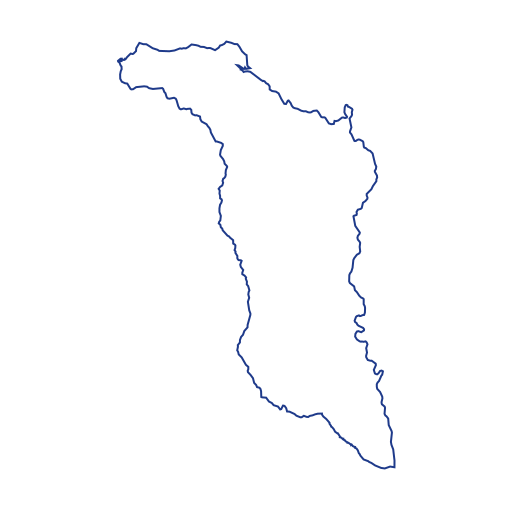 the district of Marisel, Cluj, Romania, rotated 87°
{"feature_id": "2599482B88504736403182", "entity_name": "Marisel", "entity_type": "district", "adm_level": 2, "iso_a3": "ROU", "parent_name": "Romania", "parent_adm1": "Cluj", "projection": "robinson", "projection_center": [23.156, 46.66], "detail": "fine", "context": "isolated", "style": "outline", "palette": "blue", "viewbox_px": 512, "rotation_deg": 87, "n_neighbors": 0, "source": "geoboundaries", "source_scale": "gbopen_adm2", "svg_char_len": 6057}
<svg xmlns="http://www.w3.org/2000/svg" viewBox="0 0 512 512"><g transform="rotate(87 256 256)"><path d="M412.9,233.1L413.2,230.7L415.8,225.8L417.6,224.0L419.4,220.1L419.4,218.8L418.1,216.6L419.3,213.9L419.5,212.3L418.5,210.7L418.1,207.9L417.2,205.2L416.7,202.5L416.8,198.4L417.8,198.4L419.8,197.2L422.4,194.4L426.4,191.3L427.3,191.4L429.5,190.0L430.3,189.9L431.0,188.9L433.0,187.4L435.6,186.2L437.4,184.0L437.3,183.6L438.4,182.9L440.9,181.5L441.4,181.7L441.9,180.2L443.3,179.0L443.1,178.3L444.1,178.1L444.6,176.9L445.7,176.3L446.9,174.3L447.3,174.4L447.5,173.3L448.8,171.7L449.0,170.9L449.7,170.9L449.4,170.3L450.9,169.3L451.7,167.7L452.2,167.5L452.1,167.0L452.8,167.0L453.5,165.7L455.4,164.5L458.4,163.6L459.4,162.7L460.7,162.3L464.8,159.2L466.8,154.6L467.6,153.8L468.7,151.6L471.4,148.0L474.2,142.1L474.9,138.5L473.3,133.1L474.2,128.8L467.5,128.4L456.3,129.1L451.7,130.6L448.7,131.0L439.4,129.5L437.8,129.8L431.8,132.3L425.2,132.5L422.9,134.1L422.0,135.2L420.3,135.9L414.4,135.1L413.1,135.4L410.7,138.0L409.9,138.2L408.5,138.3L404.8,137.2L403.0,137.3L398.3,139.2L395.0,141.9L393.0,142.2L390.4,142.1L388.7,141.2L387.3,139.7L381.9,137.0L381.2,136.2L377.8,135.3L377.0,136.6L377.3,138.1L379.5,139.8L380.5,141.1L380.3,142.1L379.5,143.4L375.9,144.3L371.3,142.0L369.8,142.1L366.6,146.0L366.6,147.2L365.7,149.8L362.9,151.2L361.6,151.3L358.2,150.2L353.8,150.8L350.0,149.3L348.1,150.0L347.0,151.0L347.3,153.1L346.9,154.8L347.1,155.6L346.6,157.0L344.6,159.6L341.7,161.2L339.0,160.8L336.7,159.2L336.4,157.7L337.6,154.9L336.0,152.1L334.8,151.9L333.4,152.8L331.0,157.3L329.7,158.5L328.3,159.0L327.1,160.5L325.8,160.9L322.2,159.4L321.4,158.6L320.7,156.3L321.4,155.6L321.4,154.6L320.6,152.6L320.5,151.1L318.2,150.2L313.6,149.8L311.9,150.0L309.7,151.0L304.7,150.7L303.9,151.4L302.9,153.3L301.0,155.0L297.4,157.1L295.3,159.0L291.5,159.6L287.9,163.7L286.2,164.3L279.9,163.8L278.2,163.0L276.6,161.6L272.8,160.2L265.1,159.0L263.3,158.0L260.0,155.2L258.7,152.6L256.9,151.7L252.3,152.0L248.4,151.3L247.1,151.8L245.0,153.4L243.1,153.8L241.2,153.2L239.2,151.4L238.0,151.1L231.1,155.3L221.4,156.6L220.9,156.0L220.3,153.5L219.1,153.1L217.3,153.3L215.1,151.9L214.4,148.9L213.6,147.9L208.4,146.4L206.9,143.9L204.7,141.8L203.5,141.6L201.4,142.3L199.8,142.2L195.4,137.3L192.3,135.6L187.6,131.9L185.8,131.8L183.9,130.9L182.0,131.0L178.1,132.9L177.2,132.9L175.4,131.7L173.0,131.2L170.2,132.3L159.7,134.2L157.0,136.5L156.3,138.3L153.9,140.8L153.5,142.1L152.6,142.6L147.9,142.9L146.9,143.5L145.3,146.2L145.0,147.3L145.3,148.6L146.3,150.2L146.4,151.2L146.2,151.7L139.5,154.3L137.6,155.7L136.4,155.6L132.6,154.0L123.6,155.4L121.2,153.3L120.0,152.7L117.4,152.8L115.0,152.0L114.0,152.4L112.0,155.3L111.7,156.3L110.2,156.8L109.8,157.7L110.0,158.5L112.2,159.6L117.0,160.2L118.8,159.6L121.7,157.8L122.5,158.1L122.9,159.8L122.2,161.7L122.3,162.9L125.0,166.7L125.5,169.0L125.2,170.5L128.2,171.4L128.3,174.0L127.4,176.3L121.6,179.6L121.1,180.5L121.0,182.6L120.5,183.6L115.6,186.2L113.9,187.7L114.1,191.1L115.4,193.6L115.5,194.7L115.2,196.4L114.1,198.6L114.0,200.8L113.3,203.2L111.2,206.7L110.4,209.6L109.7,211.0L107.8,212.4L105.1,213.4L102.4,215.3L102.6,216.1L105.8,218.1L105.5,219.8L100.5,222.5L94.8,224.9L92.9,227.5L92.1,231.3L90.4,233.6L87.3,233.5L85.1,234.9L84.0,236.8L82.0,238.3L81.5,239.5L81.7,240.0L80.4,241.9L71.8,252.0L71.1,254.7L71.2,257.5L71.6,258.7L70.3,259.6L69.1,261.0L69.0,261.6L68.0,261.6L64.5,264.9L64.8,263.3L68.5,258.5L68.5,257.7L67.1,257.1L68.6,256.1L68.1,252.1L66.3,254.1L65.1,254.7L54.9,254.9L54.0,256.3L50.9,259.2L46.2,261.6L43.5,263.5L43.2,266.5L41.8,269.5L40.3,274.4L42.5,276.6L43.6,279.1L43.9,280.8L46.0,282.3L48.3,286.1L46.0,290.6L45.8,291.9L45.9,293.9L44.5,297.1L44.2,300.4L43.0,302.5L42.3,304.8L41.4,309.3L43.9,312.9L45.0,315.2L44.7,317.4L45.1,319.4L44.7,321.0L46.5,326.6L47.0,331.9L46.1,341.9L44.9,343.6L43.1,348.3L38.8,354.4L38.6,357.4L37.1,361.3L42.2,364.7L45.1,365.1L47.6,367.9L47.8,368.8L47.3,370.6L50.6,374.3L52.4,375.8L52.2,376.5L53.2,376.9L53.3,377.9L52.5,379.2L54.3,380.0L54.3,381.0L53.7,381.9L51.9,380.6L51.9,380.9L53.9,383.6L54.6,383.5L55.7,382.2L58.7,381.2L59.7,380.4L62.4,380.4L64.4,381.4L67.6,382.2L71.9,382.3L74.9,380.9L76.6,377.8L77.1,375.5L82.5,372.6L83.1,371.8L83.0,370.0L81.1,366.8L80.7,358.8L81.2,356.0L82.8,354.0L83.8,350.2L83.4,340.9L84.2,340.0L87.4,339.0L88.7,337.9L92.4,337.0L93.9,336.1L94.4,334.2L93.7,329.6L94.7,327.9L96.3,327.2L102.3,325.8L104.9,324.6L105.6,323.3L104.9,320.4L105.8,317.8L105.5,317.0L105.4,314.1L106.7,313.0L109.5,312.9L111.1,312.0L112.4,309.4L112.3,308.0L113.8,304.6L116.5,304.4L118.9,303.2L121.8,298.5L124.2,297.1L125.3,296.1L127.5,295.0L130.3,294.6L139.5,290.3L139.6,289.1L141.2,284.9L142.5,283.3L144.3,283.4L148.4,285.6L152.9,286.6L154.1,286.3L157.5,283.8L159.8,282.8L162.2,282.5L164.6,280.4L165.5,280.1L168.6,281.6L171.9,282.1L173.2,281.9L175.2,282.5L176.6,283.7L177.1,284.7L179.3,285.5L181.1,285.0L183.8,286.0L185.1,288.2L187.0,289.8L188.7,288.8L191.8,289.2L193.9,288.7L196.6,288.8L197.6,287.4L198.7,287.1L200.9,287.8L202.9,289.2L206.4,290.0L210.2,290.2L214.1,289.0L218.6,289.8L220.0,291.0L221.5,291.5L222.9,290.0L225.5,289.6L226.8,288.3L228.6,287.9L234.2,283.4L235.1,281.8L236.3,281.0L239.0,278.0L242.4,278.1L243.6,276.4L244.4,276.0L247.0,276.3L249.0,277.1L250.4,276.2L251.8,276.4L255.0,274.6L257.1,274.8L258.4,274.3L259.2,273.5L259.5,271.3L260.1,270.6L263.9,272.2L266.2,271.7L269.3,269.5L272.1,270.6L273.5,270.6L274.9,268.5L276.9,267.0L278.2,267.4L281.1,266.4L283.9,266.7L285.6,265.4L290.0,264.4L291.5,265.2L294.0,265.7L297.4,265.0L301.3,266.5L309.9,265.6L313.1,264.6L314.5,264.7L324.4,268.0L326.8,268.2L330.3,271.6L334.0,273.1L336.0,275.1L339.0,276.4L341.5,276.6L344.0,278.8L345.8,278.8L349.2,279.7L350.7,278.9L353.4,278.4L356.5,275.6L364.1,271.8L366.3,269.5L368.6,269.6L370.2,270.3L371.6,270.1L374.4,267.7L377.9,265.4L382.6,264.5L384.8,262.6L387.0,261.8L387.7,259.5L389.0,258.5L391.3,258.0L397.1,258.1L397.5,257.2L398.0,253.3L402.0,250.7L403.6,247.9L405.9,246.2L407.5,241.9L410.5,239.9L410.2,238.8L406.8,236.9L406.9,236.1L407.5,235.1L409.6,233.8L412.9,233.1Z" fill="none" stroke="#1e3a8a" stroke-width="2"/></g></svg>